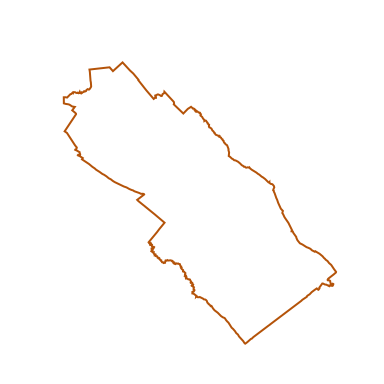 Manastiur, Timis, Romania (Mercator projection), rotated 143°
{"feature_id": "2599482B61574794273551", "entity_name": "Manastiur", "entity_type": "district", "adm_level": 2, "iso_a3": "ROU", "parent_name": "Romania", "parent_adm1": "Timis", "projection": "mercator", "projection_center": [22.048, 45.863], "detail": "fine", "context": "isolated", "style": "outline", "palette": "amber", "viewbox_px": 384, "rotation_deg": 143, "n_neighbors": 0, "source": "geoboundaries", "source_scale": "gbopen_adm2", "svg_char_len": 6034}
<svg xmlns="http://www.w3.org/2000/svg" viewBox="0 0 384 384"><g transform="rotate(143 192 192)"><path d="M237.4,344.8L241.0,339.9L239.8,338.3L238.2,336.7L237.3,335.5L236.2,332.4L234.4,330.5L238.5,329.3L237.6,325.5L237.5,324.4L237.8,323.9L257.2,317.1L256.3,314.4L257.3,300.1L257.3,297.8L257.2,297.0L257.4,296.6L258.0,296.4L259.0,295.7L259.7,296.1L259.9,296.0L259.0,294.3L257.8,291.4L258.2,290.9L258.6,289.4L258.9,289.2L259.7,289.5L260.5,290.2L261.0,290.1L260.9,289.4L259.8,288.5L260.1,288.3L258.8,284.8L260.2,284.3L257.4,276.3L256.4,272.0L255.5,269.4L255.2,267.6L253.7,263.6L252.7,260.3L251.9,258.8L250.9,256.0L250.2,253.0L249.2,251.0L248.6,248.6L247.8,246.5L243.1,237.4L241.5,235.0L240.3,232.2L239.1,230.1L238.1,228.7L237.6,227.3L234.8,223.1L233.8,221.2L232.2,220.1L231.6,219.1L231.7,218.8L240.5,218.7L240.3,217.1L235.2,196.5L232.4,184.0L240.3,182.1L244.1,181.0L256.3,178.1L256.1,177.9L256.2,177.4L257.0,177.0L256.9,175.9L257.3,174.8L257.0,174.6L255.8,175.3L255.9,174.5L255.7,173.9L256.5,173.2L256.7,172.5L256.5,172.0L255.5,171.2L255.4,170.8L256.2,170.5L257.0,170.6L257.0,170.1L257.7,170.0L258.0,171.0L258.3,171.2L258.6,170.9L258.8,170.0L260.0,169.2L259.6,168.8L258.8,168.9L259.8,167.9L259.7,167.6L259.4,167.5L259.3,167.2L258.8,166.9L259.0,166.7L259.3,167.0L259.4,166.7L259.6,165.1L259.1,164.6L259.6,164.4L260.0,163.8L259.0,163.2L259.4,162.5L258.5,161.6L259.0,160.2L258.5,159.8L258.6,159.4L258.0,159.2L257.9,158.9L258.4,158.1L258.1,157.3L258.3,156.9L257.7,156.0L258.2,155.4L258.0,154.7L258.2,154.0L257.4,153.3L257.5,152.4L256.1,151.7L255.4,152.5L254.3,153.2L253.6,152.4L252.7,152.5L252.3,151.6L250.3,150.4L249.9,150.0L249.7,148.9L249.1,148.8L249.0,148.4L249.4,147.2L249.0,147.1L248.8,146.8L249.4,146.5L249.5,145.9L249.4,145.7L249.0,145.6L248.9,144.7L248.6,144.4L247.9,144.8L247.4,144.4L246.9,143.6L246.1,143.3L245.9,142.6L245.1,141.7L245.7,140.2L245.7,139.5L245.5,139.1L246.1,138.8L245.9,137.8L246.5,137.6L246.5,137.4L246.5,137.2L246.5,136.4L246.1,135.1L247.0,134.0L246.2,133.0L246.3,132.4L246.1,131.2L247.2,130.4L247.4,130.2L247.2,129.3L248.3,129.1L248.2,128.8L247.6,128.6L247.4,127.9L247.7,127.6L248.4,127.5L248.9,126.5L248.0,126.0L247.5,124.4L246.7,123.9L246.3,123.3L246.6,122.3L246.6,121.1L247.7,120.4L247.7,120.2L246.9,119.9L246.5,119.4L246.5,119.0L247.0,118.4L246.8,117.3L247.4,117.0L248.2,117.6L248.7,117.4L248.7,117.2L248.1,116.6L247.8,115.2L247.8,114.8L248.4,114.7L248.6,114.0L249.3,113.4L249.3,113.1L249.0,112.5L249.1,112.1L250.4,111.5L251.3,112.0L251.9,112.0L252.1,111.7L252.2,111.0L252.7,110.7L251.9,109.7L251.4,108.1L251.3,107.1L251.1,106.5L251.7,105.9L250.9,106.0L251.0,104.9L250.9,104.7L249.7,103.7L249.0,103.5L247.3,100.1L247.2,99.2L246.1,98.1L245.8,97.2L245.7,96.2L246.3,94.4L246.0,92.7L246.2,92.3L245.9,91.9L245.7,90.7L245.8,89.6L245.0,89.3L245.3,86.4L245.2,84.0L244.1,80.1L243.5,75.5L242.8,73.4L241.9,71.9L241.7,71.1L241.9,69.7L241.8,67.4L241.5,65.8L242.0,59.8L241.6,57.9L241.4,54.9L241.6,52.7L241.1,50.5L241.4,48.3L240.8,41.9L241.0,40.4L240.9,39.1L240.7,38.8L238.3,38.8L233.3,39.2L232.6,38.9L230.4,39.2L170.2,39.3L168.8,39.5L163.4,39.2L162.8,39.6L162.0,39.7L159.6,39.5L156.7,40.0L153.1,40.0L150.4,39.9L150.0,37.9L149.9,37.8L148.5,38.2L148.1,38.4L147.9,39.0L143.0,40.5L142.5,40.1L141.5,38.1L140.5,37.2L138.7,33.4L138.7,34.7L136.3,32.5L135.9,32.5L134.7,33.2L134.5,33.5L134.8,34.1L135.2,34.1L135.8,33.5L136.9,34.6L136.1,35.8L135.8,36.8L135.2,37.8L135.4,38.6L136.7,39.8L136.6,40.2L135.7,40.7L134.9,40.8L128.4,40.9L125.5,41.1L125.0,41.5L125.0,45.0L124.7,50.0L125.3,52.7L125.3,55.3L126.0,57.5L126.0,58.7L126.3,59.8L126.4,62.1L127.3,65.9L129.2,70.5L129.9,70.4L131.3,73.3L131.6,75.3L132.6,77.3L133.7,79.0L135.4,83.6L136.7,86.1L136.8,90.1L136.2,92.7L135.8,93.4L135.7,98.2L135.3,99.8L136.2,100.7L135.9,101.0L135.4,101.0L135.1,101.3L134.1,106.6L133.6,109.2L133.3,116.1L132.6,119.4L132.5,120.9L130.8,122.2L131.1,125.2L129.7,131.5L128.6,134.8L128.4,136.1L126.7,141.4L126.4,143.1L125.9,143.9L126.1,144.6L125.0,145.4L123.5,146.2L123.0,147.4L123.0,148.3L123.1,149.8L124.2,151.1L124.5,152.0L124.6,152.9L124.3,153.3L124.8,153.2L125.1,153.5L125.8,158.4L126.7,161.5L127.1,162.2L127.8,165.4L128.3,166.5L128.9,168.8L130.9,173.9L131.4,175.8L131.4,177.0L131.7,176.9L132.5,178.1L133.8,178.6L134.4,179.3L134.6,180.5L135.3,180.9L135.5,182.2L136.1,183.4L136.4,185.8L137.0,188.4L138.2,191.0L139.2,192.0L139.5,193.6L140.0,194.5L140.5,197.3L141.0,198.6L138.6,201.2L137.6,203.7L137.0,204.2L136.0,207.6L135.9,208.7L136.5,209.9L136.3,211.0L136.6,211.8L136.5,212.6L136.3,213.4L136.0,213.8L136.3,214.9L135.9,215.6L136.3,216.6L136.2,217.7L136.1,217.9L136.3,218.2L136.5,219.0L137.0,219.7L136.8,219.9L136.5,219.7L136.3,220.0L136.5,220.2L136.5,220.7L137.2,221.0L138.0,222.6L138.6,223.5L138.5,224.8L138.7,225.3L138.3,225.7L138.5,226.6L138.4,227.6L138.7,228.9L138.3,230.9L138.8,232.6L139.3,233.2L139.1,234.1L137.9,235.4L138.2,235.7L138.1,236.9L138.3,237.3L137.9,237.8L138.0,238.9L137.9,240.5L138.5,241.3L139.4,241.3L138.8,242.3L139.0,244.0L138.7,245.8L139.2,248.0L138.9,248.3L138.1,248.7L138.2,249.2L138.0,250.2L138.4,250.4L138.2,250.9L138.9,251.7L139.2,253.1L140.4,253.5L140.7,254.3L140.6,254.8L139.8,254.9L140.0,255.8L140.5,256.3L140.1,256.9L140.5,257.7L141.1,258.1L141.0,258.9L141.4,259.7L141.5,260.6L145.3,260.9L151.7,259.9L153.8,273.0L153.0,273.5L152.3,274.9L153.7,288.7L154.7,287.7L156.5,287.9L158.2,286.9L158.9,287.2L159.5,289.0L160.4,290.4L161.0,290.7L161.7,290.7L163.3,291.2L163.7,290.5L163.6,289.5L164.2,288.9L164.4,289.1L164.3,289.6L166.6,289.4L167.3,300.6L167.6,313.6L167.2,313.8L167.6,322.0L168.4,326.3L169.5,337.3L182.4,336.1L182.8,341.2L200.2,351.5L201.3,349.4L206.1,341.9L206.7,340.6L209.0,337.0L209.8,336.5L211.9,335.8L212.7,335.8L213.0,336.1L213.3,336.9L214.8,337.0L215.9,336.4L216.6,336.5L217.4,337.4L218.1,337.0L219.6,337.5L220.2,337.3L220.5,337.5L220.4,338.2L221.1,338.4L221.4,337.8L221.9,338.4L221.5,339.5L222.5,339.0L223.2,339.2L223.5,340.1L224.0,340.1L224.8,340.8L225.3,342.0L226.6,343.1L227.5,342.5L227.7,343.2L229.4,342.9L230.2,343.3L234.9,342.6L236.0,343.8L237.4,344.8Z" fill="none" stroke="#b45309" stroke-width="2"/></g></svg>